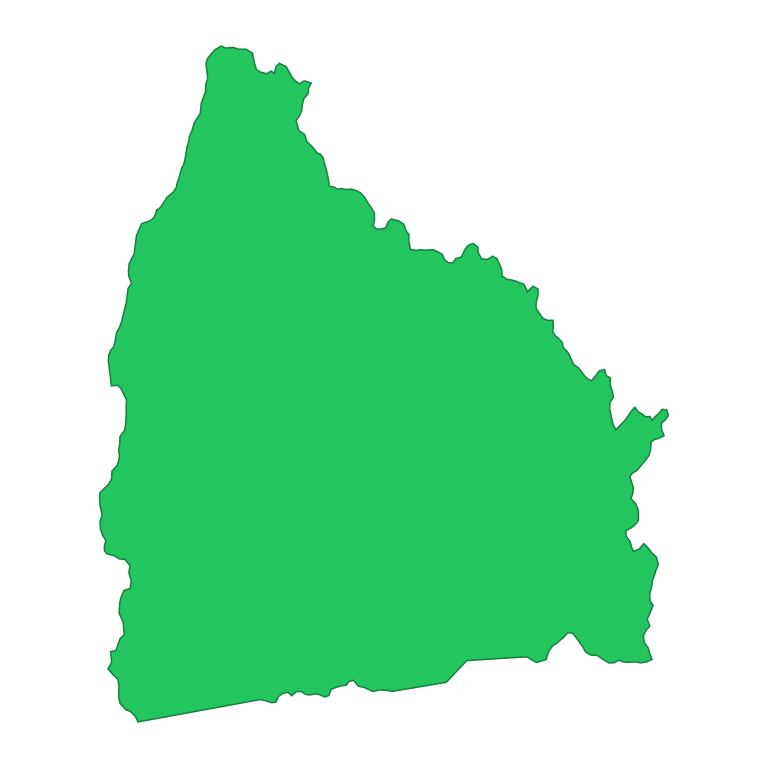 the district of Itanhém, Bahia, Brazil
{"feature_id": "56859067B26534963171540", "entity_name": "Itanhém", "entity_type": "district", "adm_level": 2, "iso_a3": "BRA", "parent_name": "Brazil", "parent_adm1": "Bahia", "projection": "equal_earth", "projection_center": [-40.347, -17.08], "detail": "fine", "context": "isolated", "style": "filled", "palette": "green", "viewbox_px": 768, "rotation_deg": 0, "n_neighbors": 0, "source": "geoboundaries", "source_scale": "gbopen_adm2", "svg_char_len": 4479}
<svg xmlns="http://www.w3.org/2000/svg" viewBox="0 0 768 768"><path d="M279.4,63.3L275.9,67.0L274.3,73.2L271.0,71.1L266.7,73.7L260.9,72.2L256.5,69.8L254.3,62.5L252.5,53.1L246.2,49.2L239.0,49.2L232.7,47.4L226.1,48.1L221.0,46.1L215.0,49.7L211.4,53.6L207.3,58.9L206.0,63.8L207.7,78.3L205.7,84.6L205.5,91.6L201.3,103.1L200.2,113.5L194.3,122.7L191.8,131.3L189.5,135.9L188.9,140.8L186.8,147.4L186.2,152.3L185.0,159.1L183.6,164.6L181.5,168.7L178.9,178.1L177.2,183.0L176.2,187.8L172.9,192.5L167.1,197.3L163.0,203.6L160.3,207.6L156.8,209.9L154.1,217.6L149.8,220.8L141.7,223.6L136.5,235.4L134.3,253.3L129.1,264.0L128.4,271.6L128.9,276.6L131.5,283.5L128.1,288.4L127.2,294.9L126.3,302.5L121.4,322.3L119.3,327.8L116.7,332.2L115.6,338.4L113.8,346.7L110.6,350.4L108.9,355.0L108.3,361.1L109.2,367.1L111.4,385.8L117.5,385.3L120.6,387.9L124.3,395.2L126.5,399.9L126.1,406.1L126.3,412.5L125.5,425.6L124.4,430.8L119.9,436.6L119.9,442.6L118.6,450.4L119.5,455.8L118.8,460.8L117.2,465.2L112.0,471.3L111.5,479.0L108.5,484.4L104.6,488.1L99.9,492.7L99.6,499.2L100.2,506.5L102.1,514.8L100.0,521.6L100.6,529.9L103.0,535.9L105.8,540.6L104.4,545.8L104.4,550.5L107.0,553.9L114.3,555.7L119.0,558.8L125.3,559.6L129.8,565.6L128.9,573.1L131.2,580.9L130.2,588.4L123.8,590.6L120.6,598.6L119.6,603.8L119.2,613.2L123.2,622.3L123.7,629.4L124.2,634.8L120.2,638.4L115.9,650.4L110.6,651.7L111.7,662.3L108.0,668.8L112.6,674.3L117.9,679.3L119.0,686.3L118.7,691.3L118.9,698.2L120.2,703.7L126.2,710.0L130.3,711.3L135.3,716.4L138.0,721.9L257.8,700.0L261.5,699.6L266.8,701.1L271.7,702.7L275.8,702.2L278.4,696.7L282.6,693.5L287.8,692.2L291.6,695.7L296.3,691.7L301.1,691.5L305.6,694.4L310.0,694.9L316.2,693.8L320.4,694.9L324.5,697.0L329.0,695.5L330.8,689.7L335.2,687.7L341.2,685.8L346.0,685.3L349.2,681.4L353.6,680.3L358.4,686.2L364.0,687.4L368.6,689.5L373.2,691.5L379.6,689.9L387.0,690.4L392.7,691.3L446.1,682.4L466.8,660.6L521.0,657.2L527.0,656.9L531.8,660.0L536.5,662.4L541.3,661.1L546.2,659.5L548.7,651.4L552.7,645.7L557.0,643.2L560.3,640.0L563.4,637.6L567.5,632.9L572.3,633.0L575.1,636.1L578.9,641.5L582.7,646.7L585.6,652.0L591.1,655.3L596.8,655.1L602.5,659.0L608.7,662.9L614.3,662.8L618.9,660.1L622.3,661.6L626.3,662.3L631.2,662.1L636.2,661.9L640.6,662.9L646.5,661.9L652.0,659.5L649.6,652.7L648.1,647.8L644.5,642.9L643.3,635.8L646.4,629.8L649.9,626.2L647.2,619.3L649.1,615.0L650.9,610.6L653.0,605.5L650.0,600.7L649.7,593.5L651.5,587.5L652.6,580.2L654.4,575.5L655.7,570.8L658.4,564.5L656.4,557.2L651.6,552.7L647.4,547.1L643.7,543.7L639.3,549.0L633.3,551.5L631.6,547.2L630.0,541.4L626.0,536.2L626.1,530.5L631.2,527.9L636.0,523.8L638.5,520.1L638.4,510.5L635.8,503.9L631.0,498.5L632.9,493.2L633.3,487.8L631.6,482.1L629.8,476.3L632.7,473.0L637.0,470.4L642.1,464.4L646.1,459.5L649.0,455.3L650.6,449.5L651.1,442.0L654.5,439.4L658.1,438.7L664.1,435.6L661.6,429.6L661.3,423.6L665.7,419.4L668.4,415.3L666.5,409.8L662.0,409.3L658.6,413.7L655.4,416.5L652.1,420.3L649.8,416.5L645.6,416.8L642.3,414.2L638.2,411.8L634.9,407.2L631.0,411.5L628.3,415.8L624.7,420.7L620.0,425.4L615.9,429.8L613.2,424.8L611.3,416.8L609.7,408.7L610.0,402.5L613.6,396.9L612.1,390.7L610.3,385.3L610.5,378.0L606.2,375.6L604.6,369.6L599.5,370.8L595.6,375.6L591.6,380.9L587.4,378.6L584.3,375.6L581.8,372.0L578.6,367.8L573.7,364.7L571.4,359.8L569.3,354.5L566.4,350.7L563.4,347.8L561.9,341.9L558.8,338.7L555.4,335.9L552.8,331.6L553.3,325.7L553.0,320.3L547.5,320.3L542.8,318.3L538.9,312.7L536.1,308.2L536.2,302.3L538.1,295.2L538.0,289.0L532.9,286.2L527.5,291.7L524.2,284.4L519.5,282.7L515.8,281.2L512.2,280.1L506.9,279.3L502.1,276.0L501.7,269.8L499.8,264.6L496.8,258.5L492.5,256.2L487.8,259.3L481.6,259.0L478.1,252.3L477.9,247.1L473.1,243.4L468.0,245.5L464.8,249.7L461.3,257.2L455.8,258.5L453.1,262.8L448.3,262.7L444.6,259.6L442.3,254.4L438.4,252.0L432.9,249.7L425.4,250.2L419.8,249.7L416.3,250.5L410.4,249.4L408.8,241.2L408.9,234.6L406.2,230.9L403.9,224.4L398.5,220.8L394.8,220.0L391.3,218.9L387.9,222.4L385.7,227.9L380.7,229.1L376.2,228.9L373.1,225.7L374.5,220.0L374.4,213.0L371.7,208.3L368.1,203.3L365.0,197.9L360.7,192.9L356.3,190.6L351.3,189.2L345.8,189.5L341.4,188.5L337.7,189.3L333.8,187.0L329.4,186.2L328.2,178.4L326.4,169.7L324.2,162.5L323.2,157.8L320.2,154.1L316.8,152.8L313.7,148.4L310.5,145.0L306.9,141.6L304.5,134.3L298.9,130.7L297.4,125.2L296.0,120.5L299.0,116.7L301.6,111.4L302.2,105.2L303.8,98.9L308.1,93.5L308.6,88.0L311.3,83.1L304.2,80.8L299.6,83.8L295.8,81.3L292.2,77.5L286.2,66.7L279.4,63.3Z" fill="#22c55e" stroke="#15803d" stroke-width="1.5"/></svg>